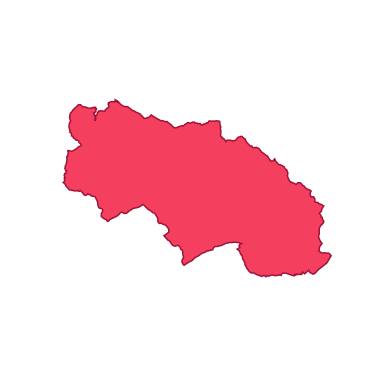 the district of Oituz, Bacau, Romania, rotated 58°
{"feature_id": "2599482B92428944714354", "entity_name": "Oituz", "entity_type": "district", "adm_level": 2, "iso_a3": "ROU", "parent_name": "Romania", "parent_adm1": "Bacau", "projection": "mercator", "projection_center": [26.528, 46.157], "detail": "fine", "context": "isolated", "style": "filled", "palette": "rose", "viewbox_px": 384, "rotation_deg": 58, "n_neighbors": 0, "source": "geoboundaries", "source_scale": "gbopen_adm2", "svg_char_len": 6000}
<svg xmlns="http://www.w3.org/2000/svg" viewBox="0 0 384 384"><g transform="rotate(58 192 192)"><path d="M112.4,292.8L115.5,294.4L115.6,296.2L118.2,295.4L120.1,295.7L125.2,294.9L126.0,293.7L126.9,293.0L128.1,291.5L128.7,291.2L129.5,290.0L129.7,288.9L131.6,287.5L131.4,286.0L133.7,285.4L137.6,284.9L138.2,284.2L138.7,283.2L138.3,281.2L139.5,280.9L140.6,279.6L141.9,279.6L144.2,277.0L144.8,276.7L150.0,277.2L153.4,278.8L155.8,279.3L156.8,278.9L158.4,277.3L159.8,277.2L160.9,278.0L162.3,280.4L164.7,281.9L168.5,280.6L169.7,279.3L172.1,279.3L172.4,277.9L171.8,275.8L172.0,274.7L172.0,272.8L172.4,272.2L172.3,271.0L172.7,268.8L172.3,265.6L171.7,263.9L171.6,262.6L172.0,262.0L174.1,261.0L174.9,259.9L175.2,258.8L175.3,257.5L174.7,256.2L174.9,253.3L174.7,250.5L176.0,247.4L176.7,244.7L176.8,242.5L176.5,240.2L177.0,240.0L179.3,239.3L183.7,238.4L185.5,237.2L188.6,236.2L190.3,234.9L195.7,234.9L196.5,235.1L198.1,236.2L199.6,236.7L200.6,236.6L201.7,236.0L202.1,234.6L203.3,234.1L206.4,231.8L209.8,231.4L211.5,231.6L213.8,233.0L214.2,237.5L214.1,238.9L219.5,238.1L220.5,237.8L220.8,237.3L221.7,237.0L226.9,236.7L227.9,236.1L229.2,234.7L229.6,232.2L232.2,231.3L234.5,231.9L235.9,231.1L238.4,231.9L241.0,233.2L242.8,233.6L243.5,234.6L243.8,235.6L245.8,237.6L248.5,237.8L249.9,237.6L249.8,231.2L250.2,228.5L249.4,224.8L249.3,222.4L249.6,220.6L249.2,215.7L250.1,213.0L249.9,211.3L250.3,209.6L250.9,208.7L251.3,206.9L252.0,205.1L250.9,203.8L250.4,201.5L251.8,198.9L252.1,197.5L252.8,196.0L253.5,190.2L254.3,188.6L254.9,186.3L255.7,185.6L256.9,182.8L257.3,182.3L257.4,181.7L258.6,180.7L259.3,179.6L262.1,177.3L261.8,179.1L262.5,180.7L264.2,180.7L264.4,182.3L264.4,184.0L266.8,183.1L271.3,183.7L272.5,183.2L275.9,184.6L277.2,184.4L280.3,184.7L281.4,185.5L282.7,185.7L283.3,185.5L285.4,186.0L286.9,185.7L288.6,185.8L291.5,185.1L293.4,182.7L294.4,181.9L296.3,180.9L299.1,178.7L299.3,178.2L300.6,177.5L300.8,177.2L300.7,176.1L300.9,174.9L303.0,174.3L303.2,173.8L302.9,172.5L303.6,172.1L304.1,171.1L304.5,168.5L307.5,165.2L307.9,163.6L308.8,161.9L309.3,161.2L310.0,160.7L308.9,159.1L309.1,157.9L309.5,156.9L311.7,154.4L316.6,150.5L317.0,149.4L316.5,148.7L317.0,148.4L316.5,148.0L316.9,147.6L317.2,148.0L317.1,146.7L317.8,146.7L318.1,145.4L319.3,144.1L319.2,143.4L319.9,142.8L319.9,142.3L319.3,141.9L318.4,140.7L321.1,139.8L320.2,134.6L321.0,134.4L322.4,134.8L325.9,132.8L325.9,131.8L326.2,130.9L324.9,126.6L323.6,115.1L319.7,107.7L316.6,108.3L313.6,112.2L313.1,113.5L311.5,114.8L309.0,115.7L308.5,114.8L307.4,114.1L305.9,112.5L304.6,109.0L300.8,109.2L297.2,108.5L295.6,107.1L295.0,106.2L290.5,103.6L288.9,101.2L288.0,97.4L287.4,96.3L286.4,95.7L283.9,95.8L282.4,95.0L281.6,95.7L280.0,95.0L277.6,95.3L277.3,94.9L277.0,92.6L275.1,90.7L274.8,90.4L274.7,89.7L273.6,87.8L273.4,88.2L271.6,88.6L268.7,90.8L267.8,90.7L265.5,93.1L262.9,91.5L261.3,91.3L260.6,91.5L258.8,93.7L256.3,93.0L255.2,91.9L254.7,90.8L254.2,90.5L252.8,91.1L250.5,92.8L248.7,93.6L246.8,93.7L244.6,94.8L242.2,94.9L241.2,95.6L240.2,97.5L240.6,98.8L240.6,99.8L238.5,100.9L238.1,101.6L236.5,102.2L236.0,103.2L232.2,103.3L230.6,103.0L228.9,102.5L226.5,100.5L225.1,100.4L224.0,100.0L223.2,100.3L223.0,100.1L222.6,100.5L221.9,100.7L219.4,100.5L215.7,102.6L214.6,104.1L213.0,104.1L211.2,104.7L210.0,104.6L209.3,105.0L208.9,104.5L207.7,104.3L207.7,104.6L208.2,105.6L208.5,106.7L208.3,108.0L208.1,108.3L207.1,108.5L206.6,109.1L205.9,108.8L205.7,109.0L201.0,109.0L199.8,110.0L197.6,110.6L195.0,111.8L191.0,112.1L188.5,113.5L186.7,116.8L185.1,116.9L184.3,117.3L184.3,117.7L183.9,118.1L182.9,118.5L178.8,119.3L176.9,119.3L175.4,118.7L174.6,119.3L171.1,120.3L170.0,124.0L171.3,128.0L170.4,129.6L170.2,130.4L168.5,132.0L166.7,134.7L166.6,135.1L167.1,136.6L165.0,136.6L163.4,136.9L162.3,137.9L161.7,137.5L160.4,137.7L160.0,138.0L158.1,137.2L157.7,136.6L156.1,135.5L155.5,135.5L154.9,134.9L152.8,134.0L152.4,133.3L148.5,132.1L147.4,131.2L146.4,131.3L144.7,133.4L144.1,134.6L144.1,135.2L143.0,136.4L142.4,137.9L141.0,139.4L140.9,140.5L141.6,141.5L141.6,142.3L141.2,142.9L141.1,145.1L140.9,146.1L140.6,146.1L140.4,148.2L140.0,148.8L138.3,148.8L137.2,150.8L136.5,150.9L135.9,151.6L135.7,152.4L135.0,153.0L134.1,152.9L133.4,153.7L133.0,154.8L132.9,156.3L132.5,157.2L130.9,158.7L131.1,160.5L130.9,161.2L131.3,164.3L130.3,165.9L129.6,168.6L129.2,171.3L128.3,172.9L126.2,173.7L123.9,174.0L121.0,175.3L119.1,175.8L118.7,176.2L118.1,177.6L116.2,178.9L114.8,180.8L107.6,184.7L105.0,185.7L105.5,187.2L105.8,188.9L105.1,191.1L105.0,192.3L104.3,193.5L98.2,194.7L94.2,197.4L93.1,197.8L91.2,199.3L85.6,201.3L83.6,204.1L82.9,204.8L79.4,206.2L75.6,206.8L73.7,208.0L75.6,208.0L73.9,209.1L73.9,209.3L74.5,210.0L72.8,212.1L72.1,214.6L72.5,215.0L72.1,215.5L72.5,216.0L73.1,215.9L73.2,216.6L75.9,217.3L76.1,220.5L76.5,221.4L76.4,222.2L76.7,222.3L77.4,223.4L75.4,225.4L74.8,226.6L74.3,226.9L74.4,227.5L74.1,227.9L74.2,228.2L74.0,228.3L74.0,228.8L74.7,229.7L74.6,230.0L76.3,231.8L76.1,232.4L76.4,233.3L77.3,234.1L77.9,234.2L78.3,234.7L79.8,235.4L80.1,236.0L79.9,236.4L79.8,236.5L78.6,235.2L76.5,234.2L75.0,233.8L74.4,234.0L74.0,233.4L72.7,233.4L73.0,231.7L72.8,231.1L71.0,229.3L71.0,229.0L70.1,228.9L70.0,229.0L70.2,229.6L69.9,229.9L69.7,230.0L69.0,229.3L68.9,229.8L68.3,230.2L68.0,231.2L67.7,231.5L67.6,232.4L66.7,234.8L63.6,237.2L63.1,237.7L62.7,238.8L60.9,239.8L58.9,240.3L57.9,241.9L57.8,242.4L58.5,244.2L58.4,245.0L59.3,249.3L60.3,251.4L60.7,253.1L61.2,253.8L61.8,254.6L62.8,255.2L62.9,255.6L64.1,256.4L67.6,257.5L68.5,258.8L68.5,259.2L69.5,260.3L71.8,261.9L76.6,263.5L76.8,263.9L77.3,263.3L78.3,263.3L80.6,264.4L81.7,263.7L83.3,263.9L84.8,263.1L86.3,263.0L87.9,261.4L88.6,261.1L90.4,261.6L91.8,261.0L93.7,261.0L93.9,261.5L93.9,262.6L93.4,263.7L93.4,264.1L94.0,266.3L94.0,271.7L93.7,272.6L91.5,274.5L91.2,275.5L92.4,275.9L94.3,277.0L94.8,277.8L95.6,278.2L95.8,278.6L95.5,279.3L98.8,281.2L102.3,284.6L102.6,285.4L104.8,287.4L106.3,287.6L107.7,287.0L108.1,287.8L107.9,288.0L109.3,289.1L108.9,290.2L110.2,291.6L112.8,292.1L112.4,292.8Z" fill="#f43f5e" stroke="#9f1239" stroke-width="1.5"/></g></svg>